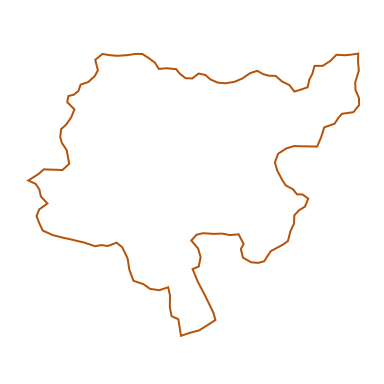 Jaguariúna, São Paulo, Brazil (Albers equal-area conic projection), rotated 182°
{"feature_id": "56859067B42434816629938", "entity_name": "Jaguariúna", "entity_type": "district", "adm_level": 2, "iso_a3": "BRA", "parent_name": "Brazil", "parent_adm1": "São Paulo", "projection": "albers", "projection_center": [-47.018, -22.68], "detail": "fine", "context": "isolated", "style": "outline", "palette": "amber", "viewbox_px": 384, "rotation_deg": 182, "n_neighbors": 0, "source": "geoboundaries", "source_scale": "gbopen_adm2", "svg_char_len": 1957}
<svg xmlns="http://www.w3.org/2000/svg" viewBox="0 0 384 384"><g transform="rotate(182 192 192)"><path d="M307.1,295.4L309.0,289.0L313.6,285.1L318.9,283.6L319.8,277.4L312.4,270.5L315.4,262.2L320.1,255.0L325.0,250.2L325.6,242.4L323.8,236.6L318.7,229.5L315.7,215.9L322.3,209.4L327.9,209.5L333.8,209.4L340.8,209.5L346.1,204.6L356.0,197.8L348.6,194.7L344.6,189.1L342.9,182.3L336.1,175.5L344.1,169.3L346.5,162.5L343.8,156.1L339.9,148.3L329.8,144.1L317.8,141.5L311.2,140.4L304.7,139.0L299.1,138.0L286.8,134.4L280.9,135.8L274.3,135.1L265.6,138.7L259.9,134.4L256.7,128.6L254.0,123.2L251.9,112.1L247.4,101.2L237.6,98.3L230.4,93.7L221.2,92.7L212.5,96.0L210.4,87.9L210.1,75.8L208.0,67.1L201.2,64.4L198.0,47.9L188.0,51.6L180.1,53.9L173.8,58.2L164.1,64.9L166.3,71.8L169.6,78.1L175.3,88.9L183.2,102.8L188.7,115.0L182.7,117.7L181.1,127.0L183.9,135.7L191.0,143.5L186.0,149.4L179.7,151.2L168.7,150.9L160.5,151.5L152.5,150.3L143.9,151.3L138.6,141.8L141.2,136.7L138.8,128.2L130.4,123.8L123.3,123.5L117.4,125.3L114.4,130.5L111.0,135.8L99.4,142.5L94.4,146.4L92.3,156.1L88.9,164.2L88.9,172.3L84.5,177.4L78.6,181.3L75.6,189.4L81.5,193.4L87.0,193.3L91.1,198.2L98.6,201.9L102.7,207.9L107.5,216.3L110.2,224.4L107.2,233.3L99.2,238.9L91.4,241.5L83.4,241.5L68.5,241.8L64.9,251.1L62.1,261.2L51.8,265.3L48.5,270.9L44.9,275.4L33.5,277.4L28.0,284.7L28.4,291.7L32.2,299.7L32.7,307.2L29.5,319.1L30.6,328.1L30.7,336.1L37.2,334.9L44.0,334.0L52.4,334.2L58.3,327.8L65.9,322.6L73.9,322.3L75.9,314.2L78.6,308.6L80.1,300.7L87.9,297.7L93.3,296.0L98.3,302.2L105.7,305.5L112.6,311.0L119.4,310.9L125.1,312.3L131.0,315.4L138.2,312.7L146.0,307.0L153.7,303.5L162.6,301.8L170.1,302.2L177.6,305.2L182.7,309.4L189.6,310.6L195.7,305.5L202.4,305.5L208.1,309.6L212.2,314.2L222.0,314.8L229.4,313.8L233.6,320.0L240.2,324.5L246.5,328.2L253.3,328.0L262.3,326.4L271.3,325.5L278.3,325.8L286.4,326.8L293.3,320.7L290.3,310.3L293.2,304.5L299.5,298.3L307.1,295.4Z" fill="none" stroke="#b45309" stroke-width="2"/></g></svg>